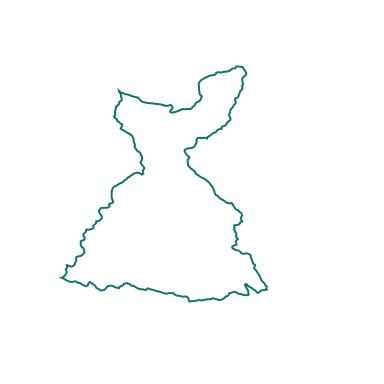 Aija, Áncash, Peru, rotated 116°
{"feature_id": "86281439B16913171463289", "entity_name": "Aija", "entity_type": "district", "adm_level": 2, "iso_a3": "PER", "parent_name": "Peru", "parent_adm1": "Áncash", "projection": "equal_earth", "projection_center": [-77.714, -9.768], "detail": "fine", "context": "isolated", "style": "outline", "palette": "teal", "viewbox_px": 384, "rotation_deg": 116, "n_neighbors": 0, "source": "geoboundaries", "source_scale": "gbopen_adm2", "svg_char_len": 6077}
<svg xmlns="http://www.w3.org/2000/svg" viewBox="0 0 384 384"><g transform="rotate(116 192 192)"><path d="M294.3,169.8L294.0,169.6L292.9,168.3L291.9,165.9L291.3,165.0L291.2,164.3L291.9,162.0L291.8,160.1L291.1,158.7L290.1,154.4L288.8,152.2L288.3,150.8L288.9,149.1L289.5,148.3L290.9,147.5L291.4,146.6L291.3,145.8L290.4,144.8L289.0,142.0L286.0,138.3L285.1,135.6L282.2,131.9L281.4,130.3L280.7,129.3L280.1,128.0L278.3,126.6L277.8,123.4L277.4,122.3L277.5,121.0L276.0,118.3L274.1,116.8L271.7,116.1L269.3,114.2L267.9,113.9L266.9,114.2L266.5,114.1L266.2,113.4L263.3,110.5L262.7,108.8L263.1,106.5L262.8,104.9L262.2,103.2L262.0,100.8L261.0,98.1L259.9,96.2L259.2,96.2L258.3,97.1L257.1,97.6L255.8,98.7L254.2,101.3L253.5,101.9L252.4,103.7L251.9,103.7L251.2,103.2L251.0,102.2L251.8,100.6L252.0,99.2L252.2,95.7L252.6,94.5L252.6,92.1L253.7,90.1L253.8,88.8L253.2,87.9L250.6,87.0L248.5,84.5L247.4,82.5L247.0,82.0L246.6,82.9L246.2,83.1L244.3,83.3L244.0,83.6L243.9,85.0L242.4,86.7L241.3,90.3L237.7,94.6L234.4,99.9L233.9,101.6L233.3,102.7L232.5,103.0L230.1,103.2L229.5,105.5L228.8,106.5L225.4,109.8L224.6,110.9L223.0,111.7L222.9,115.4L223.2,116.3L224.3,117.3L224.7,118.0L225.1,119.0L225.3,120.1L225.2,121.3L224.6,121.9L224.3,124.9L225.1,127.5L224.8,129.0L225.0,130.4L224.5,131.3L223.8,131.8L222.8,131.6L220.8,129.9L220.0,128.9L219.5,129.0L217.5,130.9L216.0,130.9L214.4,130.1L214.2,130.2L213.8,131.2L212.9,132.6L212.3,133.3L210.2,133.6L208.7,135.9L206.8,137.9L205.4,138.1L203.9,139.3L203.2,139.3L202.4,137.6L200.8,135.9L199.3,135.2L198.2,135.4L196.4,133.9L195.4,135.8L194.6,136.5L192.6,136.8L191.1,136.6L190.0,137.5L189.3,138.6L189.0,140.8L188.2,143.0L188.2,145.4L186.6,148.1L184.4,151.4L184.5,151.8L186.0,153.4L186.4,156.3L185.9,158.7L185.3,165.0L184.3,166.9L184.3,169.3L183.2,170.9L181.0,172.6L180.7,173.4L179.7,174.2L178.8,175.3L176.0,180.8L175.3,183.9L174.7,185.7L174.8,191.0L174.2,194.1L174.1,195.9L173.8,196.9L172.7,197.7L172.1,199.3L171.2,204.0L170.5,205.1L170.3,206.3L169.6,207.3L166.1,209.5L164.9,209.9L164.0,209.8L162.7,209.3L161.8,209.6L161.0,212.8L159.5,215.4L158.2,216.8L157.1,216.9L155.2,215.5L152.1,210.9L150.4,209.8L145.9,209.5L142.8,210.9L141.9,210.9L141.1,210.5L140.1,209.2L139.1,206.5L138.0,205.1L137.5,203.9L137.3,201.9L136.1,202.2L132.5,200.0L130.3,199.2L129.3,198.0L127.9,197.0L124.7,196.0L123.7,195.1L122.2,193.2L120.7,193.7L120.2,193.7L117.7,191.2L112.9,190.4L110.9,189.2L109.3,189.4L107.1,192.1L106.2,192.5L105.3,192.8L103.8,192.6L100.8,193.6L98.2,192.5L95.8,192.6L94.0,191.8L92.6,191.7L89.7,194.1L88.1,193.5L87.5,192.8L86.2,192.2L80.0,192.8L77.9,192.0L77.0,192.1L76.5,192.2L75.0,193.3L73.3,193.3L72.3,193.7L68.8,196.3L67.8,196.5L66.5,196.3L63.5,195.0L61.9,195.0L61.2,195.5L58.9,199.0L57.6,201.5L59.1,206.0L59.8,207.2L60.1,207.4L61.8,207.3L62.3,207.7L63.1,209.5L63.6,210.0L66.4,211.1L66.8,212.0L67.3,212.1L68.4,213.2L70.1,216.2L71.9,218.2L72.8,221.0L73.5,221.9L74.4,222.4L75.9,222.5L76.7,223.0L79.9,227.3L82.3,229.0L83.2,230.1L85.7,231.5L87.1,232.6L90.1,233.6L92.0,233.4L92.8,232.7L97.5,230.3L99.2,228.8L100.2,228.5L100.7,228.0L101.7,225.2L105.5,224.7L108.0,225.8L109.2,227.0L110.2,227.5L113.2,227.7L114.9,228.6L117.5,229.1L118.3,230.1L119.5,232.8L120.5,234.2L121.6,236.9L125.4,240.1L128.7,243.6L129.5,245.0L129.7,245.9L129.3,246.8L127.0,246.9L125.7,246.3L124.9,246.3L124.0,247.2L123.2,248.7L123.2,249.3L125.3,251.9L126.4,254.1L126.3,255.8L126.7,256.8L126.9,258.4L128.9,263.8L129.4,265.9L130.9,269.2L132.5,274.8L132.6,276.8L132.3,278.6L130.8,281.7L131.7,285.3L132.3,289.2L132.3,291.0L133.4,295.9L133.3,297.5L133.8,298.9L133.8,299.6L133.1,302.0L134.3,301.0L134.5,299.9L134.9,299.3L136.3,298.1L137.5,297.7L138.7,296.2L139.8,295.6L140.6,295.5L141.7,295.9L142.9,296.8L145.2,296.2L146.6,297.0L147.5,296.9L148.5,297.7L149.4,297.0L150.6,297.2L151.5,296.6L152.5,296.7L153.5,296.5L156.5,294.7L157.3,294.7L158.0,295.2L158.7,295.0L159.2,293.9L159.5,291.4L160.0,290.8L161.1,290.2L161.0,288.5L161.9,286.3L161.7,284.6L162.6,284.5L163.3,283.7L164.3,283.9L166.4,283.9L166.6,283.6L166.6,281.1L166.9,277.0L167.2,275.8L166.9,274.5L167.4,272.9L167.7,270.6L169.8,267.9L172.1,266.5L174.8,263.8L176.0,263.8L176.9,262.9L178.7,259.9L179.2,258.0L179.3,256.0L180.1,255.0L181.4,254.1L181.7,253.1L182.0,252.6L184.1,251.3L186.9,251.1L188.2,251.3L190.0,247.9L190.7,246.2L191.4,245.4L192.3,245.2L194.2,245.7L196.4,244.1L197.9,244.2L198.3,244.5L198.1,247.7L198.5,249.3L199.0,250.2L201.2,252.6L202.4,252.9L204.2,254.3L205.8,254.7L206.6,255.7L207.4,256.1L209.6,256.6L210.8,257.6L213.9,258.7L216.6,261.2L217.8,261.7L220.8,263.9L223.0,264.9L226.0,264.7L231.7,262.1L233.9,260.2L235.1,258.8L235.9,258.3L238.2,260.1L238.7,261.0L239.1,261.2L239.6,261.3L240.5,260.0L241.0,259.8L241.4,259.8L242.3,260.4L243.2,261.1L246.0,266.4L246.9,267.1L248.7,267.1L249.4,267.4L250.4,267.1L252.1,264.8L253.3,262.6L255.0,261.6L255.5,261.6L256.7,262.3L258.3,262.6L258.9,262.9L259.5,263.6L260.1,265.2L262.3,264.6L265.7,265.9L266.9,265.0L267.8,264.8L268.6,265.3L271.2,268.1L271.8,270.2L272.1,270.6L273.3,270.0L274.1,269.9L277.7,271.2L279.0,270.1L279.8,268.8L280.5,268.2L282.5,268.1L284.4,270.0L285.3,270.4L286.6,269.5L288.7,268.7L289.7,267.1L290.0,265.3L290.5,264.5L292.4,262.7L293.5,262.2L297.5,263.3L300.7,267.1L301.3,267.3L302.5,267.2L304.3,265.7L305.8,266.1L309.0,265.7L310.0,266.0L311.0,266.7L312.2,268.3L312.4,271.9L312.6,272.4L314.8,271.0L316.9,271.6L318.3,270.0L319.4,269.3L322.3,269.6L324.0,270.0L325.3,270.7L326.2,271.6L326.1,269.2L326.4,266.6L326.2,262.0L325.1,260.0L323.2,257.3L323.6,254.9L323.5,254.2L323.0,253.0L323.0,252.0L323.4,249.8L323.2,246.0L322.8,245.4L322.0,244.9L321.4,244.7L319.7,245.1L317.7,244.4L318.7,237.8L320.0,236.2L320.3,232.5L320.6,231.2L320.2,230.2L318.3,227.8L313.4,226.3L312.1,224.5L311.1,222.4L311.4,220.0L311.1,218.1L310.6,217.0L310.7,215.6L309.7,215.6L308.1,215.0L307.5,214.2L306.8,213.9L306.1,213.2L304.3,212.9L302.5,210.5L302.1,207.0L302.8,205.7L302.4,204.2L302.1,203.8L302.0,202.8L302.2,201.4L302.4,197.3L302.0,196.3L301.7,194.9L301.1,194.0L300.4,190.5L297.9,189.4L297.7,186.6L297.2,184.8L296.3,178.6L295.7,177.5L295.3,172.8L294.3,169.8Z" fill="none" stroke="#0f766e" stroke-width="2"/></g></svg>